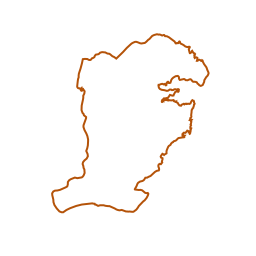 Tanga Urban, Tanga, United Republic of Tanzania (Robinson projection), rotated 16°
{"feature_id": "72390352B10610893489740", "entity_name": "Tanga Urban", "entity_type": "district", "adm_level": 2, "iso_a3": "TZA", "parent_name": "United Republic of Tanzania", "parent_adm1": "Tanga", "projection": "robinson", "projection_center": [39.063, -5.126], "detail": "fine", "context": "isolated", "style": "outline", "palette": "amber", "viewbox_px": 256, "rotation_deg": 16, "n_neighbors": 0, "source": "geoboundaries", "source_scale": "gbopen_adm2", "svg_char_len": 5766}
<svg xmlns="http://www.w3.org/2000/svg" viewBox="0 0 256 256"><g transform="rotate(16 128 128)"><path d="M65.6,74.3L65.9,78.5L66.0,84.0L65.8,89.3L66.1,91.2L66.6,92.9L66.5,94.6L66.7,96.3L67.5,101.1L67.8,102.4L68.4,103.0L69.0,103.4L70.0,103.4L70.7,103.1L71.0,103.2L71.8,104.1L72.1,103.7L72.1,103.1L72.5,102.3L73.2,103.4L72.6,103.9L72.6,104.4L73.0,105.0L73.7,104.6L73.7,103.7L74.2,103.1L74.8,103.9L75.4,103.9L76.2,104.7L76.5,106.9L76.1,109.3L76.7,111.4L76.9,113.3L77.3,119.2L78.4,123.6L80.2,126.1L81.4,126.7L82.1,127.9L84.7,129.0L85.0,130.1L84.5,137.6L84.9,139.3L86.7,141.9L89.5,144.8L91.2,147.0L92.8,150.0L93.3,151.8L94.2,155.8L94.4,158.7L94.2,161.6L96.3,164.1L97.2,166.2L96.7,168.8L95.1,171.1L94.2,173.3L94.3,175.1L95.5,176.8L96.3,178.6L97.5,179.9L98.7,183.2L98.4,185.9L97.8,187.4L97.2,188.2L93.1,190.2L90.6,190.3L87.1,193.0L85.8,194.5L85.1,196.5L85.7,198.8L85.7,200.9L84.5,202.2L79.7,206.2L77.2,207.6L75.1,208.3L73.7,209.6L73.1,211.7L73.7,213.4L75.9,217.3L76.8,219.8L78.5,222.3L81.7,225.0L85.1,227.1L87.5,227.3L88.9,226.9L91.4,223.8L94.4,221.1L99.7,217.2L104.7,214.3L114.4,210.3L115.5,210.3L116.8,210.0L117.5,210.7L118.1,210.5L120.7,211.1L122.6,209.9L125.9,209.0L127.7,209.0L129.9,208.7L131.7,208.2L137.4,209.0L139.3,209.5L140.7,209.6L142.5,209.5L144.6,208.5L149.1,208.8L150.0,208.5L150.9,208.4L152.8,207.8L155.2,207.4L156.1,207.1L156.5,206.8L158.5,204.2L159.4,201.9L159.9,200.0L162.9,194.3L163.9,193.0L165.1,190.2L165.7,187.4L165.7,185.7L164.9,185.0L163.9,185.5L162.4,185.6L158.8,184.0L157.2,184.0L155.5,184.6L151.7,185.2L151.4,184.9L152.2,181.7L152.5,178.8L152.9,177.8L154.3,176.2L156.4,175.0L157.3,174.1L157.8,173.2L158.4,171.0L160.0,170.5L161.4,169.1L162.9,167.9L166.0,162.8L167.4,161.3L169.3,160.3L169.4,159.5L168.9,158.1L167.9,156.8L167.5,155.6L167.6,154.6L168.6,153.6L169.1,153.8L169.6,153.7L170.4,151.7L169.8,150.8L169.8,148.4L169.5,147.5L167.9,147.3L167.3,146.5L167.4,145.6L168.2,143.3L168.9,143.4L170.1,144.0L170.6,143.2L172.0,141.8L171.4,139.7L171.4,138.3L171.8,135.1L172.2,134.0L173.5,132.5L173.7,131.1L174.6,129.6L175.2,129.2L175.3,128.7L175.7,128.1L177.2,127.1L177.8,126.4L178.8,124.4L179.4,123.7L183.7,121.7L184.3,121.6L184.6,121.2L184.2,120.7L184.6,119.7L182.4,120.1L182.1,119.1L182.4,119.0L182.6,118.5L182.4,118.2L182.5,117.8L183.0,117.1L184.6,116.8L185.7,114.2L187.2,114.4L187.4,115.0L187.7,114.7L187.8,115.2L188.6,115.4L188.7,115.6L188.7,116.4L188.9,116.6L189.0,116.5L188.9,116.3L189.2,115.7L188.8,112.9L188.1,112.5L188.7,112.6L188.5,112.0L188.8,111.9L188.8,111.6L188.1,111.0L188.4,110.7L188.0,110.6L187.6,109.7L187.7,108.6L187.6,108.1L187.8,107.9L187.4,107.2L187.2,107.1L187.3,106.9L187.2,105.0L186.8,104.5L186.8,104.2L187.0,103.8L186.6,103.2L186.8,102.7L186.4,102.8L185.9,103.5L185.3,103.4L185.5,103.1L185.3,102.4L185.2,101.1L185.5,100.8L185.5,101.6L185.6,100.5L185.8,99.9L185.7,99.0L186.2,98.8L185.7,98.9L185.2,98.4L184.7,95.1L184.4,94.0L184.3,93.1L184.6,92.5L184.6,91.5L185.2,90.6L185.1,89.7L185.2,88.8L185.0,87.4L185.3,87.0L185.3,86.1L184.5,85.4L184.1,84.3L183.6,83.7L182.9,83.8L182.2,83.5L181.9,83.9L181.4,85.7L181.3,87.1L180.5,87.9L179.4,88.0L178.7,88.4L178.2,88.4L177.6,88.9L177.1,88.9L176.9,88.7L175.4,89.7L175.2,89.6L175.4,89.3L175.2,89.0L175.3,89.4L175.0,89.3L173.2,90.8L172.9,91.3L173.0,91.4L172.8,92.0L171.2,92.1L170.0,91.3L168.8,90.1L168.2,90.1L167.6,89.7L166.8,89.8L166.8,89.6L166.7,89.7L165.9,89.4L165.0,89.6L164.7,89.5L164.6,89.1L164.1,88.6L162.2,89.5L160.3,89.9L159.8,90.1L159.4,89.8L158.3,89.9L158.2,90.2L158.3,90.5L158.2,90.5L157.6,90.3L157.6,89.8L156.6,90.4L156.6,90.7L156.0,90.8L155.7,90.5L155.3,90.5L154.3,91.3L154.5,91.5L154.1,91.6L153.9,92.3L154.0,92.4L153.8,92.4L154.1,92.8L153.8,92.9L153.8,93.5L153.7,93.6L153.4,93.6L153.1,92.9L153.2,91.9L154.4,89.6L155.6,89.3L158.2,87.8L159.2,84.6L161.7,84.7L162.8,84.2L162.8,83.2L163.2,81.8L163.3,80.7L165.0,79.0L165.6,78.9L166.2,79.4L166.6,78.9L166.3,77.0L165.4,76.8L164.1,77.7L162.7,77.7L161.8,78.1L161.0,79.0L159.8,79.5L158.9,79.2L157.6,79.5L156.2,81.1L155.1,81.6L152.7,81.6L149.8,82.0L148.0,81.7L147.1,81.2L146.4,80.4L145.5,78.6L145.5,78.1L146.2,78.0L147.0,77.1L148.7,76.1L149.6,76.1L150.1,76.3L151.2,75.5L152.4,76.6L152.8,76.5L153.1,76.1L152.8,75.0L152.8,74.0L153.1,73.1L153.7,72.5L154.0,72.6L154.5,73.5L155.6,73.3L156.3,72.8L156.4,69.7L156.8,68.5L157.7,67.0L159.5,65.1L161.5,64.2L162.6,64.7L163.1,65.5L163.4,66.5L164.1,67.2L164.6,67.5L168.3,65.5L169.0,65.5L170.2,66.1L172.1,65.7L173.9,64.2L174.8,63.9L175.6,64.2L176.9,65.2L177.9,65.6L179.2,65.2L180.6,65.0L181.7,65.2L182.5,66.1L183.7,66.5L184.7,67.2L186.2,67.5L187.0,67.0L188.0,66.0L188.5,62.6L188.2,61.0L189.2,57.4L189.9,56.2L190.3,54.9L190.4,53.3L190.0,52.4L188.3,50.4L186.7,48.1L183.5,45.6L181.7,43.7L181.1,42.6L180.5,42.4L180.3,43.3L179.6,43.3L178.9,42.9L177.9,42.7L176.7,43.2L176.4,44.2L175.7,44.4L175.7,42.8L175.4,41.5L174.5,41.2L173.4,41.6L172.9,42.3L172.3,41.7L172.1,39.9L171.7,39.9L171.6,39.7L172.0,38.9L172.1,38.4L171.4,37.9L170.6,37.9L169.9,37.6L168.4,36.1L168.2,36.4L168.2,36.9L167.9,38.0L167.2,38.9L166.8,39.0L166.3,38.3L164.7,35.5L165.1,33.6L165.1,33.2L164.9,33.0L164.4,33.0L162.6,33.9L160.6,33.8L158.7,33.0L157.1,32.6L155.6,32.4L155.0,32.1L154.0,30.7L153.7,30.6L153.3,30.9L153.0,32.5L152.5,32.8L151.7,32.7L150.9,33.5L150.5,33.5L148.9,32.0L142.3,29.5L140.1,29.1L138.3,29.5L137.3,28.7L136.8,28.7L135.3,29.7L133.5,29.4L132.2,29.5L131.7,29.8L130.0,29.9L127.5,31.4L125.9,32.8L124.0,36.7L123.2,37.5L121.8,40.1L120.7,41.6L117.5,43.1L116.1,43.2L113.6,42.9L112.0,42.9L110.8,43.4L108.8,45.1L107.9,46.2L104.8,51.3L102.3,56.3L97.6,64.5L95.2,63.6L93.2,63.3L90.6,62.1L89.6,61.8L87.7,62.1L85.4,61.6L82.2,62.2L80.4,63.3L79.8,64.5L79.2,65.2L76.8,66.4L76.2,67.8L76.2,68.7L76.1,69.2L75.0,70.4L74.2,70.9L73.4,72.7L73.0,73.0L72.4,73.2L71.5,73.3L69.8,72.9L67.1,73.6L65.6,74.3Z" fill="none" stroke="#b45309" stroke-width="2"/></g></svg>